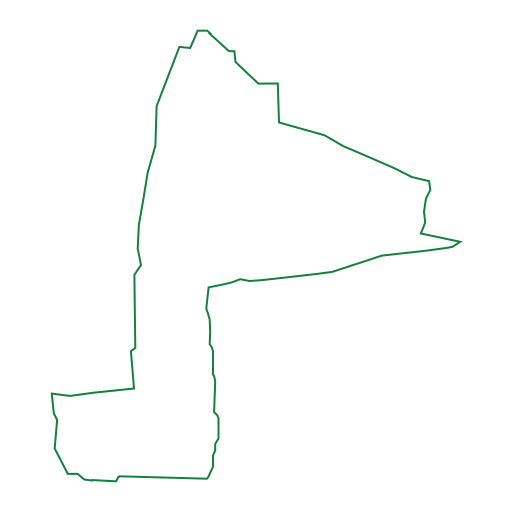 Turkmengala, Mary, Turkmenistan
{"feature_id": "10190150B49648436133803", "entity_name": "Turkmengala", "entity_type": "district", "adm_level": 2, "iso_a3": "TKM", "parent_name": "Turkmenistan", "parent_adm1": "Mary", "projection": "albers", "projection_center": [62.147, 36.684], "detail": "fine", "context": "isolated", "style": "outline", "palette": "green", "viewbox_px": 512, "rotation_deg": 0, "n_neighbors": 0, "source": "geoboundaries", "source_scale": "gbopen_adm2", "svg_char_len": 1466}
<svg xmlns="http://www.w3.org/2000/svg" viewBox="0 0 512 512"><path d="M208.9,32.2L207.8,31.1L207.4,30.7L199.5,30.7L199.2,30.7L197.7,30.7L193.1,41.3L190.2,48.0L180.4,47.0L179.4,46.9L175.9,56.0L157.1,104.9L156.6,106.3L155.4,145.3L155.1,146.6L147.7,172.5L143.3,199.6L138.9,224.6L137.7,248.6L138.6,252.9L141.0,265.0L134.4,274.8L134.8,310.3L135.3,347.2L135.3,348.0L131.7,350.6L130.9,351.2L134.0,388.5L127.3,389.2L104.4,391.6L93.5,392.7L72.3,395.6L70.4,395.9L65.1,395.3L55.6,394.1L53.8,393.8L51.8,393.6L53.8,413.4L55.5,416.7L57.1,420.0L57.0,421.3L54.7,448.5L62.2,463.0L67.8,473.9L77.7,473.9L83.9,479.2L84.2,479.5L84.4,479.5L88.6,480.1L91.9,480.5L91.9,480.1L93.0,480.1L116.2,481.3L118.4,476.9L119.1,476.9L119.5,476.3L206.9,478.7L208.4,476.8L213.0,466.6L213.0,456.1L213.0,455.6L215.2,450.5L215.2,444.0L218.5,438.5L218.5,418.2L217.3,415.3L214.1,412.2L215.2,381.5L214.2,376.4L213.0,374.4L213.0,370.5L213.0,351.4L211.9,347.5L209.7,344.2L210.2,331.9L209.7,319.6L207.8,312.8L206.4,309.3L206.5,308.1L206.4,307.6L208.0,292.9L208.6,287.4L222.9,284.5L231.5,282.5L240.2,279.2L249.4,281.0L262.2,280.1L317.2,273.9L332.1,271.9L381.9,255.6L424.4,250.9L446.1,248.0L452.5,246.8L460.2,241.8L420.9,233.5L425.2,222.5L424.0,211.7L425.2,203.6L426.0,198.6L430.3,189.9L429.1,181.2L411.7,177.0L394.8,168.4L360.5,153.5L343.1,146.1L324.6,135.3L279.0,122.5L277.8,83.5L258.3,83.6L235.5,62.0L234.4,51.2L229.0,51.2L209.7,33.7L210.2,33.5L208.9,32.2Z" fill="none" stroke="#15803d" stroke-width="2"/></svg>